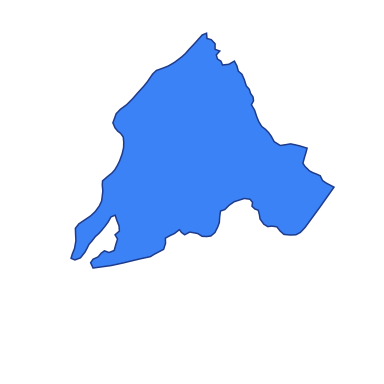 the district of João Pessoa, Paraíba, Brazil, rotated 221°
{"feature_id": "56859067B31395932343468", "entity_name": "João Pessoa", "entity_type": "district", "adm_level": 2, "iso_a3": "BRA", "parent_name": "Brazil", "parent_adm1": "Paraíba", "projection": "natural_earth1", "projection_center": [-34.87, -7.147], "detail": "fine", "context": "isolated", "style": "filled", "palette": "blue", "viewbox_px": 384, "rotation_deg": 221, "n_neighbors": 0, "source": "geoboundaries", "source_scale": "gbopen_adm2", "svg_char_len": 2211}
<svg xmlns="http://www.w3.org/2000/svg" viewBox="0 0 384 384"><g transform="rotate(221 192 192)"><path d="M123.0,216.3L116.6,214.8L112.1,215.6L109.4,218.6L105.1,221.4L100.1,220.4L94.8,220.3L89.5,224.1L85.5,227.9L83.7,232.6L83.4,239.2L85.5,264.1L88.0,288.8L92.4,287.8L96.6,286.8L101.0,286.3L105.9,288.4L109.8,287.2L113.4,285.9L117.2,285.0L123.5,285.4L127.2,286.5L129.9,292.1L132.0,296.8L133.9,300.6L141.3,297.3L145.1,295.3L149.2,293.0L151.9,289.7L155.9,285.0L163.1,283.9L168.8,286.1L173.2,287.1L177.7,287.5L182.3,287.2L187.5,288.8L192.4,291.2L198.4,294.8L204.4,296.8L205.4,301.2L208.2,303.7L212.4,304.8L216.2,307.1L220.7,307.7L226.4,311.2L231.5,313.6L236.3,313.6L240.8,316.6L245.9,318.6L248.0,312.5L252.3,307.9L256.0,309.7L260.1,309.1L263.6,311.4L263.5,316.6L268.2,314.8L271.8,319.0L277.4,319.6L281.4,317.7L285.2,321.4L287.3,317.3L287.4,311.9L287.5,304.6L287.8,297.9L287.8,292.2L288.4,287.2L290.1,279.0L291.3,275.2L292.7,271.2L295.6,265.7L298.6,260.4L299.1,255.3L298.5,250.1L298.0,245.9L297.8,239.9L298.0,231.5L298.0,223.3L298.6,215.0L300.3,207.5L300.6,201.4L297.1,192.3L292.2,189.9L288.0,189.2L284.2,189.4L280.0,188.4L276.2,184.8L272.6,180.4L269.7,174.9L267.0,167.9L265.8,163.4L264.8,157.9L264.9,153.7L266.0,147.4L266.8,141.7L264.3,138.4L259.9,134.2L256.5,129.2L254.3,125.9L252.8,120.7L252.2,113.9L252.8,107.5L255.1,99.0L256.5,93.7L256.2,88.1L252.3,83.9L247.6,79.0L243.6,72.3L241.7,66.8L239.8,62.6L235.8,63.9L233.0,69.1L233.3,76.2L234.2,80.4L235.4,84.8L235.4,89.7L235.7,94.9L235.1,99.5L235.0,103.7L235.2,109.1L235.6,114.3L236.8,120.0L234.8,124.1L230.2,121.3L224.9,118.6L221.2,114.9L222.0,109.2L217.4,107.7L214.9,102.1L212.4,96.8L214.9,91.9L219.5,90.2L220.4,86.2L220.3,81.4L222.6,76.3L222.1,72.1L216.8,69.7L204.8,83.4L197.1,93.7L194.0,98.1L187.3,107.5L181.0,115.9L179.6,120.4L175.8,130.1L178.3,135.9L181.8,139.7L180.1,144.4L178.0,149.2L176.8,155.3L173.3,154.6L169.5,154.9L167.4,160.3L163.9,162.4L160.4,164.4L155.3,165.2L151.6,168.1L148.9,171.2L148.1,176.4L149.6,182.3L151.3,186.8L155.0,191.7L158.0,196.3L155.7,200.3L155.3,206.4L153.8,212.3L150.6,217.6L148.3,221.4L143.5,224.6L139.5,223.9L137.4,220.6L133.4,220.4L130.1,221.7L126.4,219.2L123.0,216.3Z" fill="#3b82f6" stroke="#1e3a8a" stroke-width="1.5"/></g></svg>